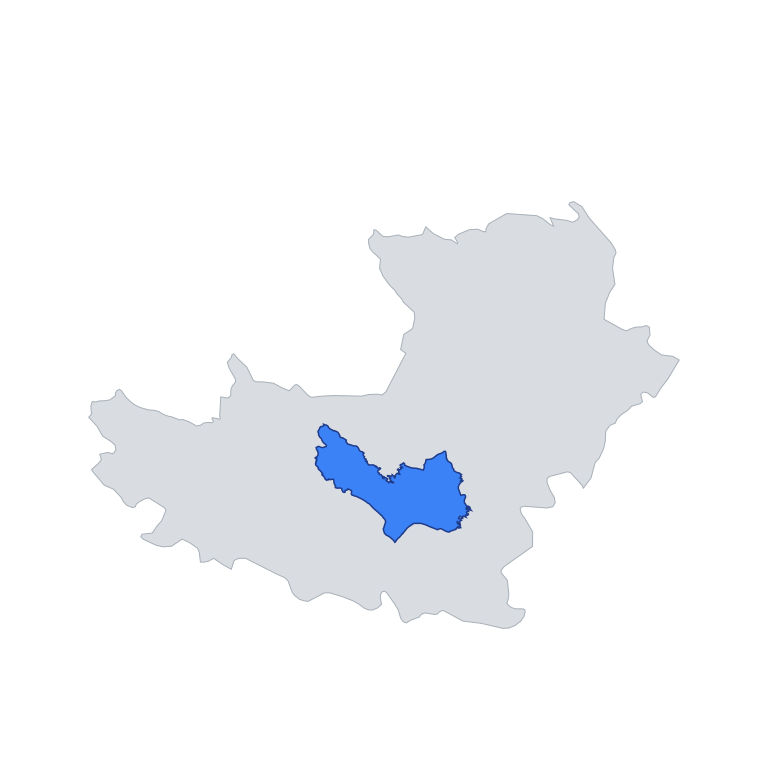 location of Kouroussa, Kouroussa, Guinea, rotated 118°
{"feature_id": "49546643B25969650419510", "entity_name": "Kouroussa", "entity_type": "district", "adm_level": 2, "iso_a3": "GIN", "parent_name": "Guinea", "parent_adm1": "Kouroussa", "projection": "equal_earth", "projection_center": [-10.122, 10.487], "detail": "fine", "context": "in_parent", "style": "filled", "palette": "blue", "viewbox_px": 768, "rotation_deg": 118, "n_neighbors": 0, "source": "geoboundaries", "source_scale": "gbopen_adm2", "svg_char_len": 9821}
<svg xmlns="http://www.w3.org/2000/svg" viewBox="0 0 768 768"><g transform="rotate(118 384 384)"><path d="M457.1,517.0L451.9,516.1L449.5,517.4L442.6,528.3L438.4,532.5L432.0,531.2L429.6,532.0L427.9,530.8L430.3,524.8L433.6,512.9L442.2,501.0L442.3,498.5L438.8,491.5L435.2,482.0L435.2,471.8L434.5,464.5L427.0,462.4L425.6,461.2L425.4,458.7L429.6,446.0L430.0,443.4L429.4,441.1L424.8,434.6L417.6,422.6L405.2,398.0L400.6,392.8L396.2,385.2L394.5,380.5L389.9,378.7L346.6,379.1L345.8,385.5L330.9,389.8L321.7,384.8L311.5,387.7L306.5,391.0L302.6,405.4L300.5,408.5L298.3,414.9L296.2,418.5L294.0,425.6L289.1,435.7L284.0,442.2L275.3,445.8L272.6,456.4L270.6,460.4L267.2,463.5L263.6,465.5L256.5,463.5L252.5,465.4L251.9,462.7L254.2,454.3L252.4,449.9L245.6,441.1L245.0,436.9L242.9,431.4L234.0,420.2L225.6,420.9L228.0,411.4L227.9,398.9L225.1,392.0L225.8,385.0L224.3,385.5L221.5,390.3L217.0,388.7L207.9,381.3L203.3,374.0L202.8,367.9L201.8,365.5L199.0,366.8L193.3,366.7L175.9,355.7L163.7,328.2L163.4,322.0L165.3,311.3L164.9,308.4L159.2,315.5L158.1,310.7L153.8,299.7L152.6,293.3L148.4,290.5L145.1,290.0L142.5,292.1L139.0,305.0L136.5,305.0L133.9,302.2L134.5,292.6L141.2,280.5L152.6,250.1L156.6,243.2L159.2,240.7L164.5,240.4L174.8,236.4L187.5,226.9L197.2,227.7L208.7,226.5L223.6,220.0L223.9,199.6L223.4,195.1L218.1,191.0L215.0,187.5L212.4,182.9L209.2,179.7L209.3,176.4L216.0,172.0L222.0,172.1L224.0,170.4L225.6,167.5L227.3,160.1L228.0,152.4L224.0,142.0L224.3,134.6L246.1,135.7L258.1,137.7L267.9,138.3L269.5,140.0L268.1,147.1L269.4,151.4L272.7,152.5L278.2,147.5L281.1,148.6L287.2,154.8L292.9,156.5L299.1,159.9L305.0,161.7L310.2,161.5L314.1,165.0L321.4,166.1L330.8,161.7L338.2,159.7L348.6,159.2L354.1,160.7L369.9,157.1L382.4,159.1L380.4,161.6L374.7,177.9L375.4,180.8L388.0,194.5L391.0,195.6L394.5,193.7L399.9,187.3L404.2,180.4L408.4,177.1L413.2,177.3L417.1,182.1L426.0,202.6L428.3,205.2L430.5,205.1L434.4,201.3L436.4,196.8L444.8,183.3L457.7,176.6L488.5,192.1L493.0,193.2L495.6,192.1L499.4,182.9L511.0,175.1L516.6,173.0L519.7,172.7L520.9,170.2L521.5,166.5L520.9,162.6L517.3,155.7L517.2,153.7L519.2,152.3L523.6,151.3L529.4,152.0L535.8,155.0L541.0,159.3L544.0,164.5L549.8,186.1L556.3,203.0L556.1,225.7L559.0,228.0L562.1,229.0L563.6,230.8L566.8,240.1L569.7,242.9L573.3,243.5L579.9,249.5L584.2,251.9L584.8,253.7L584.7,256.1L583.0,259.3L576.6,265.6L573.4,271.0L566.9,283.8L566.7,286.2L568.1,288.0L570.8,288.3L573.7,287.4L579.7,282.7L584.5,284.4L589.0,288.0L590.7,291.7L591.2,296.6L590.1,302.9L590.0,310.0L591.5,322.0L593.9,334.0L596.3,338.4L611.6,349.0L613.0,353.0L613.8,357.4L612.7,363.6L611.2,367.0L602.8,376.4L601.6,380.9L602.2,389.2L602.9,424.5L606.2,430.5L610.1,433.5L619.3,431.8L619.1,441.6L617.9,452.6L623.2,456.0L625.9,459.4L627.4,462.5L619.0,468.3L616.5,471.7L615.4,480.9L615.7,489.4L627.1,495.5L631.5,502.6L633.4,509.9L634.1,523.9L633.1,527.1L630.2,527.1L624.4,518.6L615.6,517.7L609.1,516.1L598.1,517.2L596.3,519.7L595.0,538.2L597.7,541.3L602.9,544.8L606.3,546.3L609.2,545.9L611.3,548.2L611.8,554.3L610.3,558.8L607.5,562.9L603.9,573.6L604.7,583.4L598.5,599.0L596.8,602.1L588.6,599.0L583.3,598.0L579.5,602.0L574.1,595.8L573.1,591.1L571.2,590.1L567.6,590.0L564.3,592.7L562.9,597.7L562.2,607.7L556.2,617.2L552.0,629.1L547.2,628.0L546.1,629.4L540.9,632.5L536.5,633.4L535.3,630.2L532.7,627.6L529.8,622.6L526.6,618.5L520.3,615.7L517.8,617.0L514.9,616.6L512.9,615.0L513.2,612.6L516.5,606.4L518.3,600.7L519.4,594.5L519.3,588.6L517.6,580.3L514.8,573.7L514.1,569.9L514.4,564.4L513.7,559.3L512.8,556.7L511.5,547.1L509.8,545.3L508.9,537.6L509.1,529.8L506.7,526.8L502.9,524.6L500.6,521.5L499.3,518.1L497.9,517.1L496.7,517.3L495.6,519.4L494.4,519.9L492.1,512.5L491.2,512.2L489.7,513.9L472.0,522.1L469.7,515.1L466.3,513.9L460.5,516.7L457.1,517.0Z" fill="#d9dde1" stroke="#a8b0b8" stroke-width="1"/><path d="M444.6,328.6L444.6,329.9L445.3,330.0L446.3,330.5L447.1,331.3L447.9,331.7L448.3,331.6L448.7,330.2L448.9,328.8L449.1,328.4L449.7,329.2L450.2,330.2L450.8,329.1L451.7,329.3L452.5,329.9L452.3,331.6L453.5,331.8L453.8,330.1L454.5,329.8L455.3,329.2L456.3,327.7L456.5,328.1L456.5,330.3L457.5,330.8L459.2,331.0L460.2,330.9L461.4,330.2L461.9,330.5L461.5,331.3L460.5,331.8L460.6,332.6L460.3,334.1L461.0,333.7L461.8,334.1L463.2,337.8L463.7,337.5L463.1,336.3L464.1,335.2L464.1,333.8L464.5,333.8L465.0,334.3L465.9,333.2L466.3,331.5L466.5,329.4L467.0,329.4L467.0,330.3L467.4,331.5L467.3,332.2L466.9,332.9L468.9,333.4L468.3,334.5L468.4,335.8L468.4,336.8L468.0,337.0L466.8,336.1L466.1,336.2L465.9,337.1L466.0,338.0L466.5,339.9L467.6,339.6L467.9,340.5L467.2,341.7L466.5,341.8L466.0,341.2L466.1,342.7L465.4,344.1L465.9,345.0L465.7,346.1L464.9,346.2L465.0,347.3L464.2,348.5L463.1,348.8L461.3,347.6L460.1,347.5L460.0,348.5L461.0,349.2L461.0,350.7L460.3,351.7L460.3,352.1L461.0,351.6L461.0,352.3L460.3,355.1L462.7,359.6L461.4,362.0L460.2,362.4L460.8,364.0L459.0,364.3L458.7,365.0L459.2,365.7L458.3,367.0L457.3,367.1L457.0,368.3L455.6,369.7L454.4,369.2L454.0,371.3L454.6,373.1L454.1,374.5L452.6,376.6L451.8,378.2L451.9,379.6L452.9,381.8L453.7,386.5L454.1,388.0L453.6,388.8L453.2,389.2L453.2,389.9L452.6,390.8L451.3,390.8L451.1,391.9L451.1,393.2L450.9,395.1L451.3,396.2L451.4,398.3L450.0,399.0L449.6,400.3L448.9,400.6L448.2,402.7L448.5,406.0L449.0,406.2L448.9,408.3L449.0,410.0L448.8,411.3L448.4,412.5L447.5,413.8L447.3,415.5L447.8,416.5L447.9,418.5L448.9,417.8L450.3,418.3L451.3,419.8L453.1,420.2L454.2,419.8L456.3,420.1L457.2,419.9L458.3,418.7L459.9,417.6L460.3,416.8L461.0,415.9L461.3,415.0L461.4,414.1L461.7,413.5L462.7,412.6L464.2,410.1L464.6,408.5L464.7,407.4L465.4,405.9L466.5,405.8L467.8,407.2L468.3,407.6L469.1,408.5L469.6,410.4L469.6,411.8L470.0,412.8L471.9,414.1L473.4,412.9L474.6,410.9L476.0,409.6L478.0,408.8L479.7,409.2L481.6,410.1L481.8,409.2L481.6,408.8L481.2,408.8L481.2,408.3L482.1,408.0L482.7,408.1L483.4,407.3L483.6,407.3L484.0,407.8L484.3,407.7L484.5,407.5L484.9,407.4L485.5,407.0L485.8,407.2L486.0,407.3L486.5,406.8L486.8,406.8L487.5,406.3L487.9,405.5L488.0,404.7L488.7,402.7L489.2,402.6L490.1,401.7L490.3,401.2L490.4,399.9L492.0,396.0L492.7,396.5L493.1,395.9L493.4,395.9L493.6,395.7L493.7,394.9L493.6,394.1L494.4,393.0L494.8,392.2L495.7,391.2L495.7,390.9L495.6,390.4L495.9,389.9L495.9,389.4L495.5,389.2L494.9,388.3L494.1,388.5L493.9,388.2L493.7,387.7L493.9,387.4L493.9,387.1L493.8,386.7L492.3,384.8L491.9,384.2L491.9,383.8L493.4,382.5L494.7,381.8L495.5,380.9L496.6,379.4L496.9,378.7L497.7,378.7L498.3,378.4L498.3,378.1L498.1,377.5L498.0,376.6L497.3,375.3L497.1,375.1L496.6,374.3L496.2,373.1L496.2,372.3L497.3,371.5L497.8,370.7L498.6,369.4L498.6,369.0L498.3,368.1L498.0,367.8L497.6,367.6L496.1,368.4L495.6,367.8L495.3,367.1L495.1,366.9L494.1,366.5L493.7,366.7L493.5,366.0L493.4,364.1L493.3,363.8L493.6,362.5L494.2,362.1L496.5,361.2L496.8,360.8L497.1,359.9L496.7,358.7L496.8,358.0L496.7,357.3L496.3,356.2L496.2,355.3L496.1,353.9L496.1,352.2L496.0,351.3L496.1,346.9L496.4,344.1L496.7,343.0L496.7,340.7L498.7,335.0L500.1,328.8L501.2,325.1L501.5,323.5L502.6,321.6L503.0,319.9L503.9,318.7L505.4,317.7L508.7,317.2L510.6,316.7L512.0,316.7L512.8,316.2L515.6,313.5L515.9,312.3L516.3,311.4L516.3,307.6L516.9,304.9L517.5,302.3L518.7,300.1L517.5,299.7L515.9,299.6L513.7,299.2L512.1,298.4L509.1,297.8L507.7,297.6L507.6,297.3L507.1,297.0L506.7,297.2L506.0,297.3L505.3,296.8L500.4,295.9L497.6,294.8L497.1,294.4L496.9,294.4L496.6,294.1L496.0,293.9L494.8,293.1L493.7,292.8L492.5,291.3L491.0,288.3L490.2,287.0L490.2,286.8L489.6,285.8L489.5,284.8L488.9,281.8L488.6,279.1L488.7,278.5L488.5,277.7L488.5,276.6L487.7,270.3L487.6,268.8L487.4,268.2L487.1,267.9L486.0,267.3L484.9,265.6L485.0,264.1L484.9,263.2L485.0,261.6L484.8,258.9L484.5,258.0L484.0,256.8L483.3,256.6L482.7,256.2L481.2,254.7L480.1,253.8L479.5,253.2L479.4,253.0L479.2,253.1L478.2,252.2L477.7,252.0L477.4,252.4L476.1,251.9L475.4,251.9L475.2,251.8L475.2,251.4L475.3,250.6L476.1,250.9L476.1,250.5L476.0,250.0L475.4,249.8L475.0,249.4L474.8,248.8L474.4,249.1L474.2,249.9L473.0,250.9L472.9,252.8L472.5,253.9L471.5,254.6L471.1,254.8L470.8,254.4L471.7,253.0L471.7,252.2L472.0,250.9L471.7,251.1L471.4,251.7L470.6,252.2L469.3,252.6L468.5,252.0L468.1,251.5L467.4,252.7L467.1,253.5L467.9,254.8L467.7,255.1L466.0,255.1L465.2,254.9L464.9,254.1L465.3,253.2L466.0,252.2L465.8,251.4L464.8,251.8L464.0,252.3L463.5,252.1L463.2,251.0L463.1,249.3L462.6,250.2L461.6,250.5L461.3,249.2L460.5,248.5L460.1,248.5L459.5,248.3L459.1,248.5L459.8,249.6L459.6,250.1L459.0,250.4L458.3,251.1L457.8,250.7L456.8,249.3L456.4,249.6L456.2,250.3L455.9,251.9L456.0,252.5L454.6,253.3L453.8,253.0L453.9,252.3L454.5,251.5L454.8,250.2L454.7,248.4L454.6,247.8L454.3,248.5L454.0,250.5L453.6,251.1L452.9,249.9L452.5,250.5L452.3,252.3L453.0,253.5L452.5,254.7L451.9,255.4L451.2,256.9L450.6,257.7L448.5,258.6L446.1,258.8L444.6,259.4L444.1,260.2L444.1,261.1L444.6,262.1L446.3,263.8L441.6,269.1L439.9,270.1L437.8,270.4L436.4,270.3L435.0,269.9L433.9,269.7L433.1,269.0L432.6,268.9L433.4,270.8L432.1,270.3L431.4,270.4L431.7,271.2L431.2,271.3L431.3,273.0L430.5,272.7L429.6,272.2L429.6,272.6L428.9,272.7L428.7,273.0L427.8,274.3L427.5,273.9L427.5,274.9L427.2,275.3L427.4,276.6L427.8,277.7L427.9,278.6L427.7,281.7L426.4,282.5L425.8,284.3L423.9,285.8L422.7,287.1L422.4,287.8L422.5,288.2L422.2,288.7L422.2,291.2L421.4,292.1L420.9,293.1L421.1,293.5L419.6,294.2L419.3,294.6L419.2,294.9L418.8,295.0L418.3,295.4L418.0,295.4L417.5,295.6L416.8,296.6L415.9,296.8L414.9,297.8L414.8,298.1L414.7,298.4L415.0,299.0L415.5,299.5L416.5,299.8L417.7,300.5L419.0,301.5L419.9,302.6L420.8,303.0L421.6,303.8L422.0,303.8L422.1,304.0L423.7,304.6L424.6,305.1L425.7,305.4L427.8,306.9L429.2,308.5L429.9,309.7L430.3,310.2L430.4,310.5L430.6,310.8L430.7,311.1L431.0,311.3L434.4,310.4L435.5,310.5L436.6,310.8L437.8,309.8L438.8,309.3L440.3,309.0L441.6,308.9L442.8,314.4L443.3,316.0L445.0,319.8L445.5,322.3L445.8,324.8L446.0,327.5L444.6,328.6Z" fill="#3b82f6" stroke="#1e3a8a" stroke-width="1.5"/></g></svg>